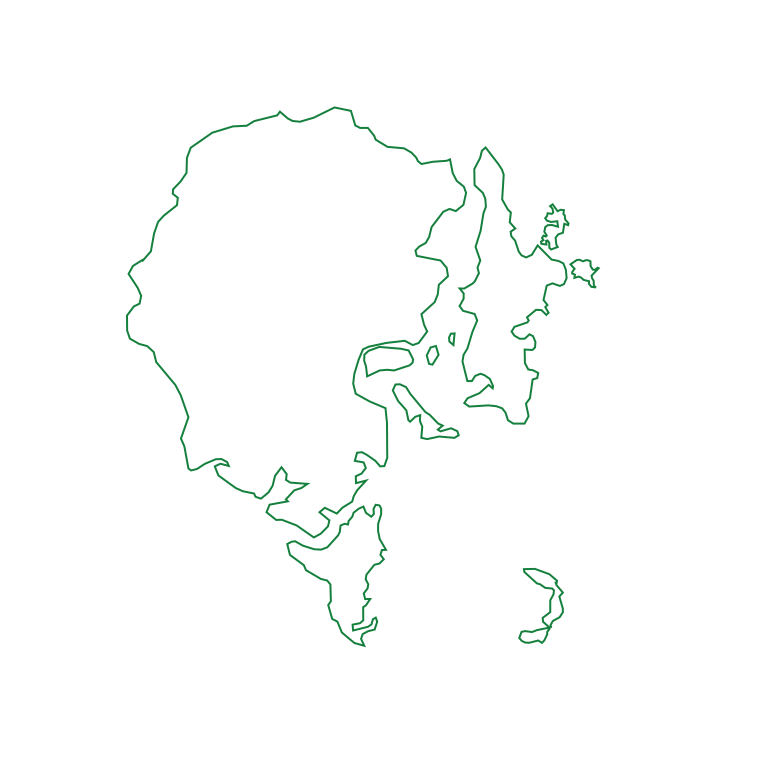 Semporna, Sabah, Malaysia, rotated 76°
{"feature_id": "92858781B783004455088", "entity_name": "Semporna", "entity_type": "district", "adm_level": 2, "iso_a3": "MYS", "parent_name": "Malaysia", "parent_adm1": "Sabah", "projection": "robinson", "projection_center": [118.52, 4.527], "detail": "fine", "context": "isolated", "style": "outline", "palette": "green", "viewbox_px": 768, "rotation_deg": 76, "n_neighbors": 0, "source": "geoboundaries", "source_scale": "gbopen_adm2", "svg_char_len": 6170}
<svg xmlns="http://www.w3.org/2000/svg" viewBox="0 0 768 768"><g transform="rotate(76 384 384)"><path d="M205.9,588.2L205.2,588.4L208.7,599.0L215.4,605.2L231.2,599.7L239.7,598.3L246.9,601.7L248.2,607.9L255.4,616.8L270.0,620.3L278.5,619.6L285.8,612.0L290.0,604.5L297.3,599.7L307.6,599.7L334.4,586.7L345.9,583.9L369.0,581.8L387.8,594.2L396.3,592.8L418.7,594.2L421.2,592.1L421.2,586.0L418.1,577.0L416.3,565.4L417.5,559.9L421.8,555.1L426.0,554.4L421.8,562.0L423.0,568.1L432.7,566.8L449.1,553.0L453.9,546.9L458.8,536.6L462.4,535.9L465.5,531.1L461.2,522.2L455.8,516.7L446.7,511.9L440.0,503.6L447.9,500.2L453.3,502.3L457.0,498.8L462.4,482.4L464.9,489.2L465.5,496.8L472.2,507.1L474.6,505.7L473.4,524.2L480.0,529.0L489.8,521.5L491.0,516.0L500.1,503.0L515.9,489.2L514.0,481.7L508.6,472.8L503.1,470.0L492.8,477.6L489.8,471.4L498.3,461.1L494.0,454.3L490.4,443.3L485.5,440.5L480.6,435.7L473.4,424.8L473.4,435.1L466.7,433.7L465.5,427.5L461.2,422.0L455.2,422.7L451.5,430.9L444.2,426.8L444.8,422.0L448.5,417.9L456.4,411.0L463.0,407.6L463.7,403.5L456.4,398.7L422.4,390.5L407.8,388.4L397.5,402.1L386.6,413.8L376.2,413.8L367.1,410.4L354.4,402.8L345.3,396.0L344.1,389.8L344.7,371.9L347.1,353.4L353.2,346.6L352.6,340.4L343.5,329.4L336.2,330.8L325.3,330.8L316.8,315.0L310.1,310.2L301.0,306.8L294.9,295.8L286.4,295.1L277.9,299.2L267.6,321.2L262.1,321.2L259.1,316.4L257.3,309.5L252.4,304.7L243.3,299.9L231.2,284.8L230.0,278.0L233.6,272.5L229.4,263.6L218.4,258.1L211.8,258.8L204.5,264.3L196.0,266.3L182.0,265.6L182.6,269.1L180.2,282.8L179.6,294.4L175.9,297.2L172.3,297.9L166.2,301.3L160.2,307.5L154.7,323.3L145.0,332.9L140.7,333.5L131.6,337.7L129.8,345.2L126.2,349.3L111.0,350.0L103.7,365.1L108.6,387.7L109.2,402.1L106.7,409.0L103.1,413.1L94.6,419.1L97.5,422.6L97.5,446.4L100.2,454.7L97.5,468.3L98.6,489.8L108.0,514.4L116.9,520.5L131.3,524.5L138.3,532.4L144.1,541.6L148.4,542.9L153.4,539.0L160.4,541.6L167.4,557.0L172.1,564.0L182.2,570.6L198.9,578.1L205.9,588.2ZM341.1,208.9L327.9,202.3L327.1,196.2L331.4,189.6L330.6,185.2L325.5,181.2L317.0,179.9L310.4,180.8L306.9,184.8L303.8,191.3L286.7,201.4L294.4,209.3L295.6,215.5L292.5,219.4L288.2,221.2L276.6,222.1L271.5,224.7L266.9,224.3L264.9,219.0L257.5,222.9L248.2,219.4L244.7,221.6L233.5,224.7L209.8,217.2L204.3,217.7L198.1,219.9L179.1,228.2L181.4,232.6L188.0,236.1L197.3,244.4L212.9,248.0L222.6,241.8L228.8,240.9L236.6,242.2L242.4,246.2L258.7,253.2L273.1,262.0L287.5,260.7L293.7,265.1L299.5,265.1L306.5,271.2L308.0,273.8L310.8,283.1L309.6,287.5L315.4,284.8L320.5,286.1L326.7,291.8L332.1,289.6L338.0,279.1L344.9,278.2L355.0,285.7L369.8,294.5L374.9,299.7L381.1,302.4L401.3,302.4L402.4,298.0L398.2,293.6L397.4,287.9L399.7,284.4L404.8,280.0L412.5,278.7L414.5,279.6L410.2,282.6L416.0,293.6L418.0,306.3L421.9,310.7L426.5,306.8L430.0,287.9L432.7,280.4L436.2,275.2L441.3,273.0L449.1,272.5L453.7,268.1L456.4,257.2L450.2,251.5L437.4,251.0L433.1,245.8L415.6,238.7L415.3,233.9L410.6,231.7L406.7,236.1L404.8,240.5L397.8,242.2L384.6,239.2L386.9,231.7L385.0,228.6L379.9,226.9L373.7,227.8L371.0,230.8L374.1,236.5L372.9,241.4L368.6,245.8L364.0,247.5L360.1,243.6L358.9,230.0L357.4,228.2L353.9,229.1L348.8,218.5L350.4,213.3L356.2,209.8L354.7,207.1L348.4,208.9L346.9,206.3L341.1,208.9ZM525.2,425.3L518.2,423.5L509.7,418.3L504.2,416.9L500.7,417.8L499.2,421.3L502.7,424.4L507.7,425.3L509.7,428.4L504.6,432.7L498.0,433.6L498.8,438.5L501.5,444.6L505.0,446.8L508.5,451.6L511.6,452.9L510.1,456.0L510.8,460.4L516.7,462.6L519.8,465.2L528.7,478.4L529.5,485.0L527.5,491.6L521.3,501.7L515.1,508.3L514.7,511.8L515.9,516.6L527.1,516.6L540.4,505.6L545.8,504.7L557.8,492.5L560.9,486.7L565.6,484.5L581.9,488.1L585.0,491.6L599.4,491.1L603.3,486.7L614.9,485.0L622.3,479.7L628.2,475.3L633.2,466.5L625.8,467.9L621.5,465.2L620.0,459.1L620.0,452.5L613.0,448.1L608.7,448.5L609.5,451.6L614.2,454.3L615.7,458.2L615.7,473.6L609.9,472.7L610.3,465.2L608.3,461.3L595.5,458.2L594.4,455.1L589.3,449.4L588.1,454.3L582.3,454.3L578.4,449.4L574.5,447.7L569.1,449.0L564.8,447.2L557.1,437.1L557.1,431.9L554.0,426.6L548.9,428.8L544.6,426.2L545.4,422.2L533.4,425.7L525.2,425.3ZM448.3,343.2L453.3,328.7L451.8,323.9L447.5,324.3L443.2,329.6L443.6,340.6L441.3,342.8L438.6,337.1L435.5,341.0L425.0,347.1L421.1,350.7L400.1,360.8L392.3,363.4L388.1,368.7L387.3,373.0L392.3,377.0L404.0,374.4L414.9,368.7L425.0,369.1L426.9,367.8L423.4,361.6L423.0,356.4L428.5,358.1L434.7,357.2L445.2,360.8L447.9,355.5L448.3,343.2ZM369.8,384.9L371.0,377.4L373.3,370.9L372.1,354.6L370.2,351.1L367.1,349.8L357.4,352.0L353.9,359.0L346.9,379.6L348.1,391.0L350.8,395.9L356.6,397.6L362.8,397.2L372.5,398.5L369.8,384.9ZM632.6,265.3L629.7,260.9L620.8,265.3L618.3,265.5L618.5,264.4L616.6,263.8L608.5,269.6L599.9,282.3L597.5,293.0L600.3,293.3L614.4,283.9L616.1,281.0L620.8,276.9L623.2,270.2L625.4,269.0L629.1,270.4L634.1,275.0L645.6,277.9L649.3,286.6L653.2,287.2L660.7,282.1L660.1,280.6L658.3,280.8L654.8,277.5L652.8,270.0L648.8,265.7L645.1,264.8L632.6,265.3ZM274.4,166.9L272.9,166.1L268.2,168.4L264.3,167.8L262.5,168.8L258.8,167.4L257.7,170.5L258.3,173.8L250.5,176.9L251.6,179.8L254.6,178.1L258.6,178.3L259.5,180.0L257.9,183.9L260.5,185.2L262.1,187.5L264.9,186.4L267.2,182.7L268.0,176.5L273.5,177.1L270.4,182.5L269.5,186.6L270.7,189.5L275.0,191.6L279.4,190.2L280.1,191.4L278.6,193.3L280.6,195.4L283.0,194.5L283.8,197.2L286.0,197.4L288.0,192.7L284.3,192.0L284.3,190.6L286.9,189.5L291.8,190.6L293.9,189.3L293.1,182.3L290.6,183.1L283.6,182.1L281.0,178.8L280.5,173.8L272.2,170.3L274.4,166.9ZM329.1,156.4L323.6,147.7L322.9,148.5L324.2,151.7L323.5,153.8L319.4,155.0L314.9,154.0L313.8,155.3L312.7,157.7L313.1,161.3L310.8,164.1L310.3,166.8L313.0,174.1L318.3,171.2L321.0,174.4L322.3,174.7L324.1,172.3L327.1,173.6L326.9,169.1L328.4,167.0L331.3,165.1L333.9,160.2L336.3,160.9L339.9,159.3L341.6,154.9L339.6,156.6L334.5,155.6L331.8,156.5L329.1,156.4ZM666.6,312.5L669.0,309.6L670.2,305.7L670.2,296.4L673.4,293.3L671.5,290.4L666.4,286.2L664.0,285.6L662.0,283.1L660.3,284.3L659.8,295.1L660.5,300.3L657.9,306.9L657.8,310.5L663.1,314.2L666.6,312.5ZM368.9,324.0L359.7,324.4L359.8,329.9L366.6,335.6L375.4,335.4L376.9,332.3L368.9,324.0ZM358.6,310.3L363.0,307.2L352.0,303.3L351.4,307.0L354.6,309.6L358.6,310.3Z" fill="none" stroke="#15803d" stroke-width="2"/></g></svg>